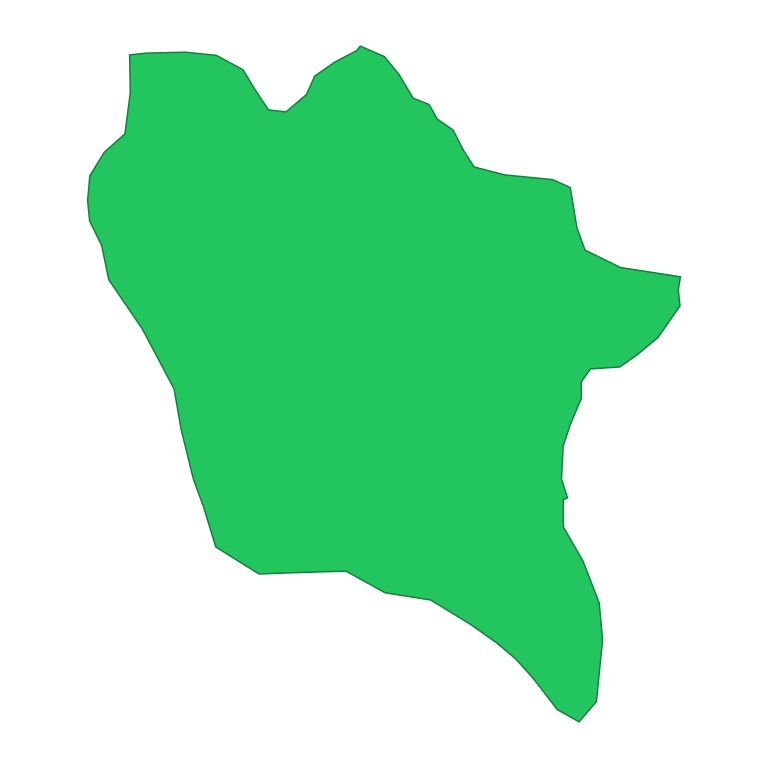 outline of Enköping, Uppsala, Sweden
{"feature_id": "70781695B25535474598498", "entity_name": "Enköping", "entity_type": "district", "adm_level": 2, "iso_a3": "SWE", "parent_name": "Sweden", "parent_adm1": "Uppsala", "projection": "albers", "projection_center": [17.163, 59.678], "detail": "fine", "context": "isolated", "style": "filled", "palette": "green", "viewbox_px": 768, "rotation_deg": 0, "n_neighbors": 0, "source": "geoboundaries", "source_scale": "gbopen_adm2", "svg_char_len": 1012}
<svg xmlns="http://www.w3.org/2000/svg" viewBox="0 0 768 768"><path d="M129.6,54.9L130.3,92.9L124.9,133.9L104.3,152.2L89.8,175.8L88.8,187.7L87.6,200.4L89.6,220.9L101.7,245.6L108.7,279.6L142.4,329.1L174.1,389.0L181.1,429.2L193.3,478.8L203.5,506.7L215.8,547.0L251.1,569.1L259.1,574.0L284.9,573.0L345.9,571.1L385.2,592.8L430.7,600.0L471.1,624.8L496.0,642.4L515.7,658.9L533.3,678.5L557.3,709.6L572.9,718.4L579.1,721.9L596.4,701.5L602.6,640.0L599.2,602.8L582.9,560.9L563.4,527.0L563.3,499.6L567.5,497.9L561.5,479.0L563.2,446.0L570.5,424.0L581.4,398.3L581.3,381.8L590.4,368.9L619.7,367.0L638.0,354.1L658.0,337.5L680.0,305.9L678.3,289.8L680.4,276.8L620.7,267.6L585.0,250.1L576.9,227.7L570.3,187.6L552.7,179.6L504.6,174.9L474.1,167.0L462.9,149.4L453.2,130.1L437.2,119.0L429.2,104.6L413.2,98.2L398.8,74.2L384.4,56.6L360.3,46.1L356.7,50.6L335.2,61.8L314.7,76.1L306.4,94.6L285.9,111.9L268.5,109.9L254.2,88.3L243.0,69.8L216.4,55.4L185.7,52.2L146.8,53.1L129.6,54.9Z" fill="#22c55e" stroke="#15803d" stroke-width="1.5"/></svg>